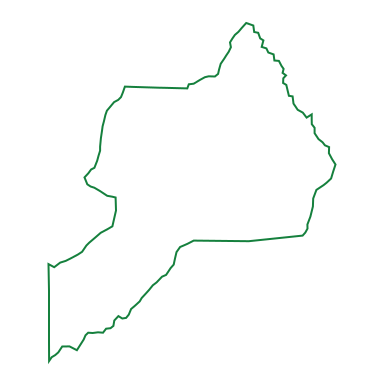 the district of Boa Esperança, Paraná, Brazil
{"feature_id": "56859067B75116337237033", "entity_name": "Boa Esperança", "entity_type": "district", "adm_level": 2, "iso_a3": "BRA", "parent_name": "Brazil", "parent_adm1": "Paraná", "projection": "robinson", "projection_center": [-52.756, -24.263], "detail": "fine", "context": "isolated", "style": "outline", "palette": "green", "viewbox_px": 384, "rotation_deg": 0, "n_neighbors": 0, "source": "geoboundaries", "source_scale": "gbopen_adm2", "svg_char_len": 1939}
<svg xmlns="http://www.w3.org/2000/svg" viewBox="0 0 384 384"><path d="M311.7,114.4L306.6,117.6L302.8,112.6L297.7,109.8L293.5,103.6L292.6,96.4L288.9,95.8L287.6,90.4L286.3,84.9L283.1,83.0L283.3,78.3L286.0,75.4L282.6,72.9L283.6,68.9L281.5,65.9L278.9,60.9L274.4,60.5L273.6,54.4L268.3,52.5L266.4,48.4L261.7,46.9L263.4,40.4L260.2,38.4L258.2,32.8L254.2,32.0L253.3,25.5L246.2,23.0L241.7,28.0L238.4,31.9L234.9,34.9L232.4,38.5L230.0,42.4L230.9,47.2L228.7,51.8L226.2,55.5L224.2,58.7L220.7,63.8L219.0,69.8L218.1,73.9L214.9,76.5L208.7,76.3L204.9,77.2L199.8,80.0L193.7,83.7L188.8,84.3L187.3,88.4L164.2,87.8L158.6,87.7L132.6,86.9L124.9,86.6L122.9,92.4L121.0,97.1L118.2,99.9L114.1,102.1L106.9,110.7L105.4,115.0L103.9,121.4L102.6,126.3L102.0,130.8L100.9,138.2L100.1,146.6L100.1,150.7L98.6,155.5L97.2,160.7L94.4,167.8L91.1,169.5L88.4,173.2L84.5,177.4L87.3,184.3L90.6,186.5L94.3,187.7L99.6,190.8L107.2,195.8L112.3,196.7L115.6,197.5L116.0,210.5L112.4,226.3L107.6,229.1L100.7,232.8L95.3,237.5L89.2,242.7L86.4,245.5L82.1,251.8L77.8,254.6L70.5,258.5L65.7,260.9L60.2,262.6L54.2,267.2L48.5,264.1L49.0,290.8L49.0,301.0L49.0,342.5L49.1,361.0L51.7,357.2L55.2,355.1L58.3,352.4L62.2,346.5L69.5,346.4L76.9,350.2L80.4,344.7L83.7,339.5L85.5,335.3L88.2,332.7L92.7,333.0L98.0,332.3L103.0,332.7L106.1,328.7L110.5,328.2L113.4,325.9L114.3,320.5L118.4,316.1L122.3,318.5L126.1,317.9L128.8,314.6L131.1,309.0L135.0,305.7L139.7,301.4L141.7,298.0L145.4,294.0L149.1,289.9L152.8,285.3L156.6,282.4L162.0,276.7L166.1,274.9L168.3,271.6L170.6,268.1L173.7,264.6L175.0,258.5L176.5,252.1L180.1,247.0L183.4,245.6L187.5,243.8L193.7,240.6L248.8,241.2L302.6,235.6L305.3,232.6L307.5,228.6L307.4,224.5L310.4,216.6L312.9,206.5L313.2,198.5L316.4,189.9L323.6,185.1L326.5,182.8L331.1,178.5L333.2,171.5L335.5,164.5L332.1,159.2L328.9,153.2L329.1,147.1L324.9,145.3L322.6,142.3L318.5,139.1L314.6,133.2L314.6,127.8L311.8,124.2L311.7,119.6L311.7,114.4Z" fill="none" stroke="#15803d" stroke-width="2"/></svg>